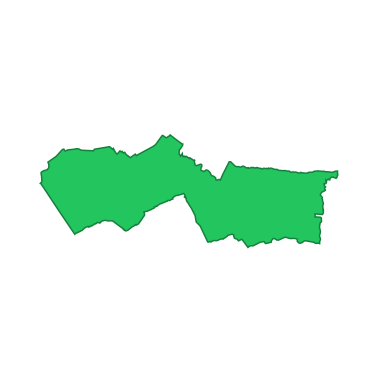 Monterrey, Nuevo León, Mexico (orthographic projection), rotated 307°
{"feature_id": "50627088B99377367762424", "entity_name": "Monterrey", "entity_type": "district", "adm_level": 2, "iso_a3": "MEX", "parent_name": "Mexico", "parent_adm1": "Nuevo León", "projection": "orthographic", "projection_center": [-100.3, 25.64], "detail": "fine", "context": "isolated", "style": "filled", "palette": "green", "viewbox_px": 384, "rotation_deg": 307, "n_neighbors": 0, "source": "geoboundaries", "source_scale": "gbopen_adm2", "svg_char_len": 6063}
<svg xmlns="http://www.w3.org/2000/svg" viewBox="0 0 384 384"><g transform="rotate(307 192 192)"><path d="M98.5,127.9L100.4,128.6L101.5,129.4L101.9,129.7L101.6,129.9L101.8,130.7L102.2,130.9L102.8,130.9L103.2,131.6L103.6,131.8L103.9,131.9L104.6,131.9L105.0,132.1L105.0,132.5L105.5,132.8L106.2,132.9L106.9,133.3L107.5,133.2L108.1,133.4L108.0,133.8L109.1,134.5L110.7,134.7L111.0,135.5L111.5,136.0L111.6,136.9L112.1,137.3L114.1,137.3L116.6,139.1L117.6,140.5L118.2,142.1L121.1,145.8L121.2,159.5L120.9,159.6L120.7,160.8L121.0,160.8L120.9,161.3L121.1,161.5L121.1,162.6L122.8,163.8L127.9,165.1L130.1,166.1L132.2,166.7L131.9,167.3L133.1,168.0L134.2,168.4L138.7,168.4L141.1,168.2L144.6,168.1L145.2,167.9L146.3,166.8L147.1,165.6L150.1,168.1L151.5,168.8L152.7,169.5L153.3,170.0L154.0,170.1L156.2,171.4L156.9,170.9L157.2,171.3L157.8,171.4L157.8,171.5L158.1,171.4L158.5,171.4L159.3,172.1L159.2,172.3L159.7,172.5L159.9,172.7L160.0,172.6L161.6,173.0L163.3,173.7L164.3,174.4L169.8,177.7L170.4,177.6L170.7,177.8L171.4,178.6L171.5,179.1L172.6,179.7L173.5,179.9L174.1,180.3L174.7,180.3L174.6,180.7L175.0,180.9L175.4,180.2L175.9,180.1L177.0,180.4L179.3,181.2L180.1,181.9L181.1,183.1L181.8,183.4L183.6,184.8L184.9,185.7L185.6,185.9L185.8,186.5L185.4,187.6L184.4,189.2L184.2,189.4L183.4,189.0L183.3,189.3L184.3,189.8L183.4,191.2L183.1,191.1L181.5,193.3L181.6,193.6L181.0,194.7L181.0,195.5L180.7,195.8L178.4,201.8L175.1,208.6L170.6,213.4L169.8,218.9L161.8,234.2L161.6,234.6L161.6,234.9L163.5,236.5L163.3,237.0L163.5,237.2L166.0,238.3L167.3,239.9L167.6,240.6L168.3,241.3L172.2,243.6L173.0,245.1L177.7,246.7L179.0,246.8L182.4,249.3L182.8,251.1L181.8,252.0L180.7,253.6L180.8,254.6L181.5,256.3L181.4,257.0L181.0,258.2L181.0,258.6L184.2,260.2L184.0,261.4L181.4,270.1L182.0,270.3L182.9,270.3L184.5,271.3L185.6,273.1L192.9,276.7L195.7,279.3L195.7,279.8L195.2,281.0L195.2,281.8L195.6,282.3L199.6,285.5L201.1,284.7L203.1,284.8L204.1,285.3L204.5,286.1L204.7,288.7L205.6,290.0L206.5,290.6L212.0,293.5L213.9,298.4L216.5,301.7L217.5,303.5L217.4,304.8L216.0,305.7L215.6,307.3L215.7,308.3L216.3,309.4L217.9,310.4L220.5,311.2L221.2,311.7L225.3,319.8L225.1,320.2L225.7,322.1L227.0,323.4L227.6,325.0L229.4,323.7L230.6,323.4L231.8,322.9L233.3,320.7L233.7,320.2L237.5,318.6L238.9,317.0L239.4,316.6L239.6,315.9L242.0,314.1L242.4,314.1L242.7,313.8L244.4,313.0L244.7,312.9L245.8,313.3L246.3,313.2L247.8,312.1L248.0,311.7L249.1,311.0L249.1,309.7L246.2,305.3L248.6,303.5L252.5,309.7L254.1,309.6L254.5,309.3L255.5,308.6L256.0,308.3L256.6,307.4L256.9,307.6L257.8,306.3L259.0,305.3L259.4,305.0L259.8,304.5L261.2,304.3L262.1,303.6L262.6,303.0L263.2,301.8L264.3,301.0L264.8,300.4L265.1,299.8L265.7,299.6L266.3,298.8L266.8,296.3L268.3,295.8L270.0,295.8L271.6,296.7L272.1,296.9L272.9,297.3L273.7,297.5L274.0,297.2L274.3,296.2L274.7,295.8L275.3,295.6L276.5,295.6L276.6,295.1L276.5,294.1L277.9,292.6L278.3,292.6L278.9,293.5L279.0,293.8L279.8,293.8L280.5,293.5L281.0,293.5L281.2,292.4L281.7,292.0L281.6,292.3L281.7,292.6L283.0,292.6L283.6,292.9L283.9,293.4L283.9,293.2L284.2,293.1L284.3,293.2L284.3,294.4L284.5,294.5L284.8,294.6L285.4,294.3L286.2,294.1L287.6,294.5L288.8,295.6L289.0,296.9L289.3,297.3L289.6,298.8L290.2,299.0L290.7,299.0L291.3,298.8L292.1,298.3L293.0,298.3L293.7,297.9L294.7,296.8L295.0,296.7L295.3,296.4L295.7,295.9L296.3,295.6L294.7,293.8L293.0,292.9L292.1,292.1L289.8,288.2L288.9,287.0L287.6,284.3L287.3,284.3L285.6,281.5L284.8,280.2L284.1,279.3L283.8,278.9L282.9,278.1L282.3,277.2L280.3,276.4L280.2,276.1L278.1,273.5L276.3,272.5L275.1,270.9L273.2,267.7L273.3,267.4L273.2,267.1L272.8,266.8L271.5,266.3L271.3,265.6L271.2,265.2L271.0,264.9L270.9,264.2L270.4,263.0L269.5,261.8L268.5,260.1L267.4,259.4L267.1,258.7L267.3,257.9L267.3,257.3L266.8,256.4L266.3,256.0L264.8,252.8L264.0,252.2L261.7,248.5L261.4,248.3L261.5,247.6L261.2,246.2L260.3,245.2L259.1,242.4L259.0,241.4L257.9,239.9L256.9,239.4L257.0,238.9L256.5,239.0L256.3,238.8L256.3,238.3L255.6,237.2L254.9,236.5L254.2,235.0L253.9,234.8L252.9,234.5L252.4,234.1L252.4,232.7L251.7,232.0L251.4,231.5L250.9,229.6L250.4,228.9L249.6,228.6L249.4,228.0L249.2,227.9L248.8,227.5L248.7,226.6L247.2,224.5L246.2,224.1L245.1,222.9L245.0,222.7L245.3,222.3L245.2,222.2L244.0,221.0L243.8,220.0L243.9,219.0L243.5,217.4L242.7,216.6L241.6,216.3L241.2,216.0L240.1,213.6L238.9,212.0L238.6,211.2L239.4,204.7L238.5,203.5L224.6,206.0L218.6,207.4L218.6,206.8L218.2,205.9L216.8,205.0L216.1,204.3L216.1,203.8L217.2,202.7L217.6,202.0L217.6,199.7L217.1,198.6L217.0,197.3L217.4,196.4L218.0,195.6L218.3,194.9L218.8,192.4L218.8,191.8L218.5,190.7L218.2,190.2L217.6,189.8L215.8,189.4L215.5,189.2L215.4,188.2L215.2,187.8L214.9,187.3L214.9,185.9L215.1,185.7L216.7,184.6L217.9,184.6L219.0,184.0L219.6,183.4L219.6,182.7L219.6,182.4L218.9,181.8L216.2,180.1L215.6,179.4L215.5,178.6L215.5,178.0L215.7,177.7L216.5,177.1L216.5,176.9L217.8,175.6L218.4,175.2L218.9,175.1L219.0,174.9L219.0,174.7L218.4,174.4L218.5,174.3L218.3,174.1L218.0,169.6L217.2,169.7L217.1,166.1L216.9,165.7L216.1,165.7L216.0,164.3L215.3,164.2L215.1,164.0L215.0,163.5L215.0,163.2L215.4,162.9L215.2,162.6L216.9,161.1L213.7,161.2L214.8,158.9L215.3,158.2L217.5,156.9L218.5,156.6L219.9,156.9L220.8,156.6L222.6,156.6L223.6,156.4L224.8,155.8L224.4,154.9L224.3,149.9L224.4,140.2L223.6,140.1L222.9,140.2L222.2,139.6L220.6,139.3L219.7,138.4L219.6,134.7L219.2,134.2L207.7,134.4L204.7,133.4L187.6,125.6L188.1,123.9L182.4,122.1L182.3,117.5L182.4,116.8L183.2,114.4L181.9,113.9L182.4,111.8L181.7,111.8L181.5,111.5L181.5,109.7L177.2,109.4L177.4,107.5L179.4,103.0L178.4,103.2L178.6,98.9L167.4,88.3L165.6,88.5L158.9,78.7L158.4,77.0L158.4,76.2L158.1,75.3L157.0,73.7L154.8,71.7L151.6,68.2L150.3,67.1L148.6,66.3L148.4,66.1L148.6,65.1L149.1,63.8L148.9,63.6L147.8,62.9L138.7,62.1L129.1,59.0L128.3,60.4L127.5,61.3L126.3,62.3L125.6,62.7L124.5,63.0L123.0,62.9L122.1,62.6L120.8,61.5L119.6,60.7L117.5,59.8L116.7,59.8L116.2,60.1L113.6,62.8L110.1,65.8L109.6,65.9L107.7,65.7L107.8,66.0L106.6,69.6L96.3,98.7L87.7,123.8L88.0,123.8L89.4,124.3L93.3,126.4L94.5,126.8L95.1,127.4L95.3,127.4L98.5,127.9Z" fill="#22c55e" stroke="#15803d" stroke-width="1.5"/></g></svg>